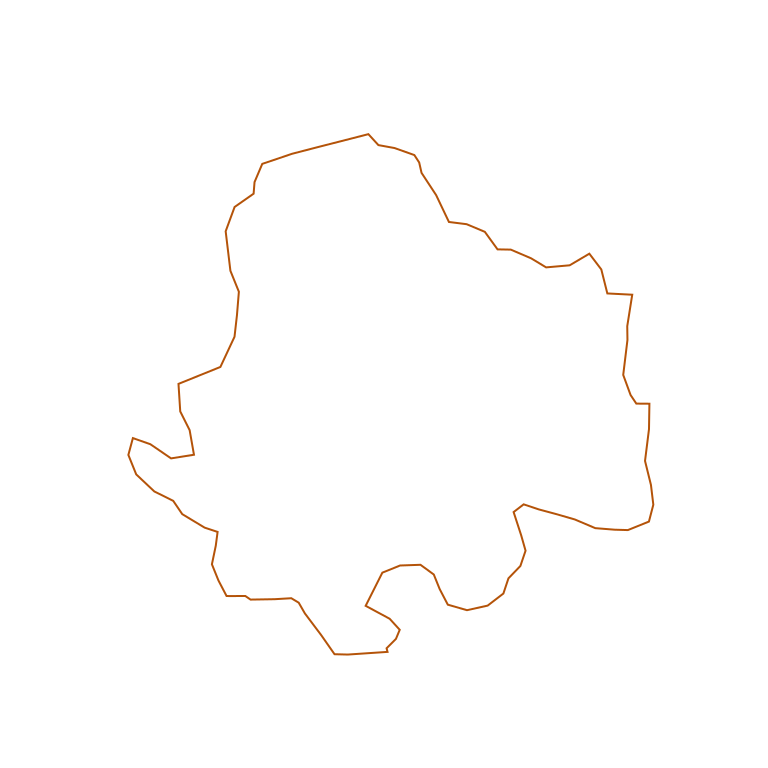 the district of Seongju-gun, North Gyeongsang, South Korea, rotated 338°
{"feature_id": "91817680B40534015790157", "entity_name": "Seongju-gun", "entity_type": "district", "adm_level": 2, "iso_a3": "KOR", "parent_name": "South Korea", "parent_adm1": "North Gyeongsang", "projection": "natural_earth1", "projection_center": [128.226, 35.91], "detail": "fine", "context": "isolated", "style": "outline", "palette": "amber", "viewbox_px": 768, "rotation_deg": 338, "n_neighbors": 0, "source": "geoboundaries", "source_scale": "gbopen_adm2", "svg_char_len": 1378}
<svg xmlns="http://www.w3.org/2000/svg" viewBox="0 0 768 768"><g transform="rotate(338 384 384)"><path d="M463.1,146.5L410.9,139.5L384.9,136.1L353.6,134.3L339.6,148.3L334.4,158.7L311.8,163.9L294.4,183.1L284.0,221.5L284.0,244.1L273.5,265.0L263.1,284.2L238.7,306.9L216.1,306.9L193.5,306.9L184.8,333.1L186.5,354.0L181.3,378.4L158.7,373.2L144.8,352.3L130.9,340.1L120.4,354.0L120.4,375.0L130.8,397.6L144.8,413.4L148.2,429.1L163.9,450.0L174.3,458.8L167.4,471.0L156.9,486.7L156.9,504.2L158.6,521.6L162.7,523.3L176.0,528.6L179.5,533.9L202.1,542.6L217.8,547.9L223.0,554.8L224.7,567.1L231.7,593.3L236.9,616.0L249.1,621.3L286.9,633.7L287.4,630.0L299.6,624.8L306.5,617.8L301.3,603.8L292.6,593.3L283.9,582.8L297.8,570.6L311.8,558.3L330.9,558.3L350.1,565.3L358.8,579.3L358.8,595.0L360.5,612.5L376.2,624.8L397.1,628.3L416.2,623.0L426.6,610.8L442.3,603.8L452.8,591.6L454.5,575.8L456.2,551.3L468.4,547.9L480.6,558.3L494.5,568.8L510.2,581.1L525.9,596.8L543.3,605.5L555.4,610.8L578.1,610.8L588.5,596.8L593.7,577.6L597.2,553.1L612.8,525.1L622.7,501.7L610.6,496.7L608.5,486.6L609.2,465.2L626.2,434.4L631.2,421.5L647.6,394.2L625.0,383.7L628.4,359.2L623.2,340.1L600.6,343.5L578.0,336.6L567.5,322.6L551.9,306.9L539.7,301.7L534.5,280.7L520.5,266.8L504.9,258.1L503.1,228.4L497.9,202.3L499.6,191.8L497.9,183.1L482.2,169.2L468.3,160.4L463.1,146.5Z" fill="none" stroke="#b45309" stroke-width="2"/></g></svg>